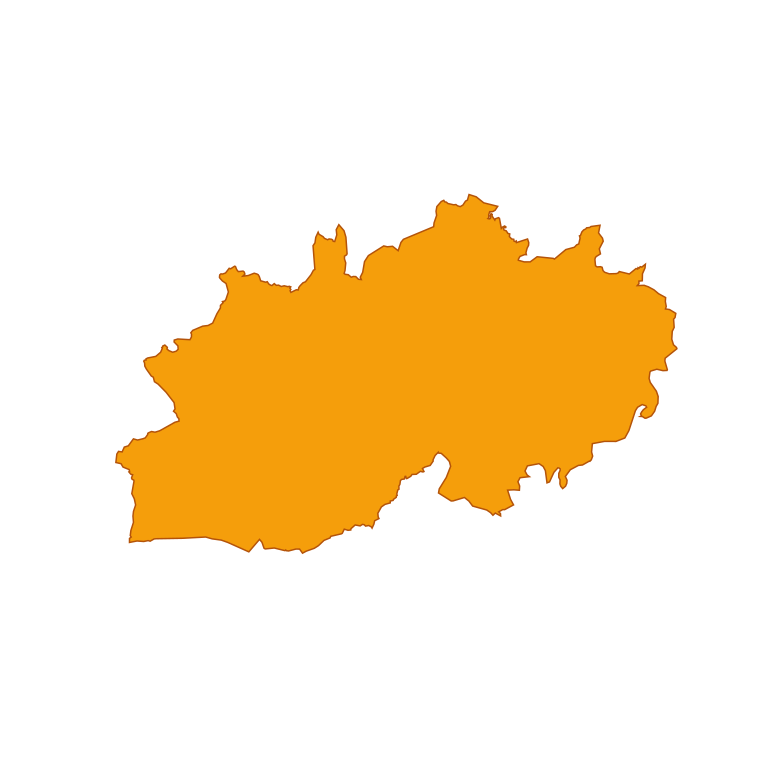 Zontecomatlán de López y Fuentes, Veracruz, Mexico, rotated 337°
{"feature_id": "50627088B36789256479766", "entity_name": "Zontecomatlán de López y Fuentes", "entity_type": "district", "adm_level": 2, "iso_a3": "MEX", "parent_name": "Mexico", "parent_adm1": "Veracruz", "projection": "mercator", "projection_center": [-98.302, 20.736], "detail": "fine", "context": "isolated", "style": "filled", "palette": "amber", "viewbox_px": 768, "rotation_deg": 337, "n_neighbors": 0, "source": "geoboundaries", "source_scale": "gbopen_adm2", "svg_char_len": 6164}
<svg xmlns="http://www.w3.org/2000/svg" viewBox="0 0 768 768"><g transform="rotate(337 384 384)"><path d="M298.9,228.5L299.1,226.3L298.4,225.0L293.8,223.6L293.1,221.1L293.2,217.8L292.5,217.2L287.9,218.0L286.7,217.0L281.5,219.9L278.4,219.7L276.9,218.9L275.4,219.4L274.2,221.5L274.3,222.5L275.5,226.0L277.9,229.8L276.7,238.5L271.4,244.5L269.7,245.4L267.5,245.0L267.7,246.3L264.2,247.7L263.1,250.1L257.7,254.0L250.1,261.0L244.9,261.4L239.7,259.9L228.9,259.9L226.2,261.4L226.3,262.9L225.1,265.5L222.7,267.4L211.8,262.0L208.1,261.6L207.2,263.3L209.2,268.4L208.1,271.6L205.6,272.6L201.9,272.2L199.0,269.2L197.9,267.0L198.9,265.6L197.5,262.5L195.2,262.6L194.9,263.3L193.7,263.6L193.8,264.6L190.8,267.5L184.7,269.4L176.6,267.7L174.7,267.9L174.4,268.9L172.7,268.5L171.8,269.1L171.8,271.1L170.8,274.1L171.1,277.4L172.9,285.7L174.3,287.6L173.6,292.2L176.0,295.8L180.2,306.5L183.5,319.1L181.9,325.3L179.6,326.8L181.2,330.1L180.9,333.6L181.6,335.8L180.8,338.1L176.6,337.5L159.2,339.4L154.4,338.9L151.4,336.9L148.5,336.9L147.3,337.1L146.7,338.2L143.2,340.3L140.7,340.2L135.3,339.3L131.9,336.6L124.5,341.0L120.3,340.6L116.4,344.2L113.3,342.3L110.7,344.1L106.5,351.5L110.8,354.6L111.3,358.5L116.0,363.2L115.7,365.0L114.8,365.2L115.7,368.1L117.2,369.3L114.9,371.8L114.9,373.3L116.1,374.7L116.0,375.6L109.0,386.4L109.3,392.1L108.1,398.3L103.6,403.4L101.3,407.5L99.3,413.5L93.8,419.9L91.2,424.4L91.5,426.1L89.4,426.7L87.8,430.4L95.3,432.0L101.3,435.1L105.7,436.0L107.3,437.3L111.9,436.8L113.8,437.4L138.3,447.3L160.1,455.2L165.3,459.4L173.2,464.1L178.3,468.8L194.0,485.7L208.7,478.4L209.8,482.0L209.4,488.3L210.2,489.4L218.9,492.1L227.7,498.7L228.7,498.4L229.0,499.3L230.9,500.4L238.4,501.5L241.8,503.0L242.9,507.9L247.1,507.5L255.6,508.0L260.5,507.2L267.7,504.5L274.2,504.6L275.5,503.4L286.4,505.3L287.3,505.1L290.7,502.1L293.7,504.6L296.4,505.4L297.0,504.3L302.4,502.5L306.6,505.3L309.3,504.8L310.8,505.8L311.5,507.6L314.7,508.3L316.5,510.6L316.7,512.0L319.9,509.1L322.0,506.2L326.8,505.9L326.7,504.1L327.8,500.6L333.6,496.1L337.9,495.2L343.3,495.9L344.0,494.2L346.9,494.7L347.7,493.9L351.0,493.1L351.6,491.9L352.6,491.7L352.8,490.2L355.3,486.9L356.7,486.7L357.8,483.8L359.4,482.6L361.4,479.3L363.0,478.7L365.5,479.4L367.3,477.3L367.9,477.5L367.6,479.8L368.4,480.0L372.6,479.4L374.4,478.2L378.5,479.7L383.3,478.6L385.5,480.2L386.6,480.2L386.4,476.8L389.1,476.4L394.7,477.0L399.1,474.2L399.6,472.9L403.1,469.8L407.3,468.0L407.2,468.9L409.6,470.2L412.5,476.5L413.9,480.9L413.2,485.8L404.8,494.4L393.9,502.1L391.6,505.6L400.1,517.9L401.9,518.6L413.7,519.9L416.4,524.9L417.9,531.0L429.3,540.1L431.8,544.0L433.0,547.4L436.0,546.3L439.8,551.0L440.6,548.7L439.6,546.5L444.2,546.0L446.0,546.8L456.0,545.9L455.4,539.7L456.3,530.0L462.1,532.1L467.1,534.7L469.0,530.9L469.1,526.3L472.6,523.4L481.6,526.1L480.2,523.7L479.8,519.2L484.0,515.4L495.6,517.9L498.3,522.1L498.7,526.8L495.4,538.7L498.1,538.8L505.9,531.7L511.3,529.1L512.4,529.8L513.0,531.0L512.4,532.3L510.0,534.5L508.4,538.1L508.6,541.0L506.9,544.7L506.7,547.2L507.6,550.1L511.2,549.0L513.4,546.9L514.9,544.1L514.8,540.0L522.0,535.7L531.1,534.9L535.1,536.1L543.0,535.2L543.3,535.6L545.2,534.8L547.9,531.9L548.5,527.7L552.5,520.3L564.6,523.0L575.1,527.5L584.6,527.8L591.2,522.6L605.0,506.8L608.3,504.5L613.6,503.8L616.5,506.4L616.7,508.0L612.7,509.0L610.1,510.5L608.5,511.8L608.6,513.9L607.3,514.0L609.1,514.9L610.9,517.5L612.2,517.9L617.7,517.8L622.5,514.8L625.7,511.0L628.6,508.8L631.5,502.6L631.9,497.1L629.7,486.6L630.2,482.4L633.4,477.0L634.6,476.3L640.9,477.0L646.0,480.7L649.8,482.1L650.4,481.6L651.5,472.6L652.9,470.1L667.4,466.0L667.5,464.6L665.8,461.0L666.4,455.2L669.9,448.2L673.2,445.3L675.9,437.5L677.9,436.5L680.2,433.0L675.9,427.0L672.4,424.9L674.1,422.9L675.2,418.0L677.0,414.5L672.0,408.1L669.3,402.8L665.3,397.8L662.0,394.8L655.6,392.4L657.9,391.2L658.8,388.9L662.1,389.9L665.0,383.5L669.6,379.2L671.4,375.9L667.0,377.1L665.7,376.1L664.1,377.0L663.3,376.1L662.4,377.3L661.1,376.2L652.8,378.6L644.5,372.4L643.2,373.2L641.1,373.2L634.4,370.6L630.7,367.3L629.9,365.1L630.4,361.8L629.1,360.6L625.9,359.5L624.9,357.8L626.8,351.8L627.8,350.4L629.1,349.6L634.1,348.8L635.0,343.7L641.6,338.2L642.1,335.1L640.5,328.8L644.9,322.3L636.1,319.9L634.5,320.3L631.5,319.4L630.3,320.1L628.0,320.2L625.6,321.3L622.8,324.1L621.8,324.0L621.5,326.3L618.0,331.2L615.7,331.2L612.7,332.5L603.9,331.3L589.7,335.6L588.9,334.5L574.7,326.7L566.3,328.7L560.8,326.4L556.0,322.6L556.5,321.6L559.0,319.7L563.9,319.8L565.6,320.6L565.9,318.7L568.7,315.0L571.3,312.8L572.5,310.4L572.8,306.6L561.2,305.6L561.6,304.0L560.4,304.2L559.5,303.2L560.0,301.5L558.2,300.4L557.0,297.3L558.4,295.0L556.9,293.8L556.4,290.8L554.7,289.3L554.6,287.8L556.0,286.9L557.1,287.6L557.6,287.1L556.8,285.7L554.1,285.9L552.8,286.6L555.0,276.6L554.4,275.6L552.6,275.5L551.1,275.4L550.1,276.4L549.1,271.6L549.9,270.2L549.1,269.0L547.4,270.7L547.4,272.2L546.6,273.2L545.4,273.2L544.3,272.3L545.4,271.9L546.5,269.1L548.6,266.7L551.3,267.8L554.1,267.5L558.1,264.9L546.6,256.2L542.0,247.7L536.3,242.8L532.7,247.3L530.5,247.5L526.6,250.1L523.5,250.5L521.3,248.7L520.3,246.9L518.2,246.3L513.3,242.8L512.5,241.0L511.1,240.1L510.8,238.3L508.0,238.4L502.0,241.3L499.4,245.3L498.3,249.4L493.0,255.3L491.2,258.6L458.4,258.4L454.9,260.3L449.1,266.8L445.7,260.6L440.7,259.0L437.7,256.8L419.8,259.7L413.9,263.7L408.0,272.9L403.9,276.4L403.9,279.0L401.4,277.6L400.0,274.1L397.7,273.0L395.6,272.9L393.8,269.4L391.2,267.9L390.5,266.7L392.5,264.2L396.1,257.6L396.5,253.4L397.6,250.9L400.0,250.5L400.9,249.7L406.3,234.0L407.1,227.3L404.7,219.7L400.3,223.3L398.8,228.3L394.3,233.6L393.0,232.8L393.0,231.2L392.3,230.3L390.1,229.0L388.5,229.2L386.1,226.7L385.5,224.6L382.7,220.8L382.7,218.5L378.5,222.3L375.6,227.1L372.7,229.0L365.1,251.6L363.5,251.7L359.5,254.9L351.7,259.2L348.9,259.2L345.1,260.8L343.4,261.8L341.8,263.9L340.1,263.0L334.1,263.3L334.0,261.4L335.2,260.6L334.8,258.8L336.1,258.2L335.1,257.1L333.5,256.8L330.5,254.6L327.5,254.1L325.6,251.8L323.4,251.1L322.2,248.7L319.3,249.6L318.3,248.8L317.0,246.9L316.5,244.2L314.9,244.1L310.8,240.8L311.2,236.3L310.9,234.2L310.0,233.1L307.8,231.3L301.4,231.1L296.2,229.6L298.9,228.5Z" fill="#f59e0b" stroke="#b45309" stroke-width="1.5"/></g></svg>